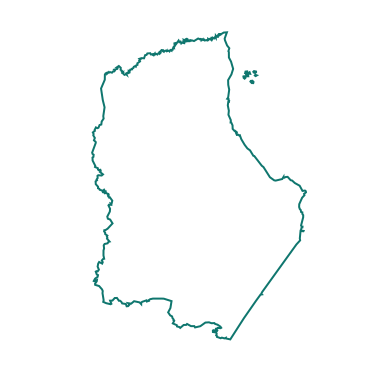 outline of Rembang, Jawa Tengah, Indonesia, rotated 80°
{"feature_id": "22746128B94981829239468", "entity_name": "Rembang", "entity_type": "district", "adm_level": 2, "iso_a3": "IDN", "parent_name": "Indonesia", "parent_adm1": "Jawa Tengah", "projection": "robinson", "projection_center": [111.414, -6.77], "detail": "fine", "context": "isolated", "style": "outline", "palette": "teal", "viewbox_px": 384, "rotation_deg": 80, "n_neighbors": 0, "source": "geoboundaries", "source_scale": "gbopen_adm2", "svg_char_len": 5915}
<svg xmlns="http://www.w3.org/2000/svg" viewBox="0 0 384 384"><g transform="rotate(80 192 192)"><path d="M266.6,303.5L268.5,299.8L272.3,297.5L274.0,297.1L276.1,297.7L283.2,297.8L284.8,298.5L286.6,295.8L288.4,291.6L288.1,290.8L284.8,291.5L285.1,289.2L283.0,286.5L283.3,284.3L286.4,282.9L286.5,281.9L287.8,280.7L289.6,280.1L290.8,276.6L293.2,276.2L293.3,274.7L292.1,273.2L290.4,274.2L291.4,271.3L289.5,268.0L291.6,262.8L293.6,261.5L292.1,261.2L291.5,260.1L290.8,255.7L292.0,255.5L291.7,253.3L291.0,253.4L290.3,251.8L290.2,249.0L292.1,238.4L295.9,231.1L302.5,233.4L306.4,236.4L309.7,234.9L311.1,233.2L312.8,233.1L314.4,232.2L315.1,232.5L315.8,231.9L318.1,233.7L320.5,230.1L321.8,230.1L322.8,227.9L323.8,227.2L321.5,223.3L321.9,220.9L321.1,219.8L323.9,216.3L324.5,213.0L325.9,212.5L325.6,207.1L322.9,201.5L323.3,197.9L324.6,195.6L325.0,192.7L325.9,192.2L327.1,189.9L329.5,187.4L330.8,186.8L331.1,187.5L330.3,190.3L330.8,190.6L330.8,192.2L331.6,192.6L332.8,191.2L333.3,191.6L331.8,195.0L332.1,195.5L333.5,195.7L334.5,192.7L336.0,192.3L337.4,193.1L338.4,192.3L339.1,192.5L341.0,189.1L340.6,187.9L341.8,185.5L341.5,184.1L342.0,184.3L343.8,179.9L325.3,162.8L310.2,147.8L305.0,142.4L305.0,141.0L304.3,141.5L302.6,140.2L261.8,98.3L258.4,93.9L256.5,93.9L249.3,91.9L250.0,89.1L249.7,88.9L249.0,91.6L248.6,91.5L248.7,90.4L248.5,91.1L247.5,90.9L245.9,90.2L246.0,89.4L245.3,89.2L245.1,90.0L243.9,90.4L236.2,86.9L234.1,86.5L232.9,87.1L231.2,86.9L230.7,88.0L228.5,88.1L227.5,88.8L225.4,89.1L222.6,88.5L216.7,84.5L214.7,81.8L213.3,82.0L212.1,79.8L211.0,79.8L210.2,80.5L210.1,83.0L204.5,84.9L201.0,89.2L198.1,91.4L197.5,92.8L193.7,95.2L193.5,97.1L194.0,98.8L193.8,99.4L193.1,99.3L194.9,100.9L195.3,107.6L194.8,109.0L191.0,112.7L179.8,117.3L178.3,118.7L167.4,124.4L167.0,125.3L161.1,127.6L158.7,129.9L154.6,132.0L148.5,134.3L144.5,135.0L144.7,135.6L143.7,136.3L143.6,137.9L141.5,138.4L141.4,137.5L140.9,137.5L139.2,139.0L139.3,139.5L136.9,141.0L133.4,140.5L130.3,141.3L130.2,141.9L128.0,141.3L122.3,142.7L118.4,141.6L112.9,141.7L109.5,140.6L109.7,140.0L108.9,139.7L108.8,140.2L106.9,139.8L106.3,141.1L105.2,140.0L97.7,137.6L92.8,137.7L88.1,137.0L83.1,132.8L77.9,130.1L70.4,130.9L66.0,132.3L60.5,131.4L59.7,131.7L56.9,130.3L53.8,132.0L48.2,133.2L46.6,133.2L40.8,129.9L40.5,133.1L41.5,135.7L41.1,138.1L42.0,139.1L42.5,138.0L43.0,139.4L43.7,139.6L43.3,140.9L42.3,141.4L44.4,141.8L43.3,142.3L44.6,143.5L44.0,144.3L44.6,145.1L43.9,145.9L45.0,146.2L45.3,145.7L46.0,146.3L44.9,147.2L43.9,146.5L44.6,148.8L44.0,149.5L45.2,149.6L45.3,150.4L46.3,150.9L44.9,150.4L45.0,153.1L44.1,153.4L44.3,154.4L43.3,154.6L44.2,156.3L43.1,156.2L42.7,157.2L43.1,157.6L41.9,159.3L43.7,163.8L42.7,165.7L42.9,166.7L42.2,167.0L42.2,168.4L43.0,168.5L42.8,169.6L41.9,170.5L40.8,169.9L40.2,170.5L40.3,171.3L41.2,172.1L40.7,173.4L41.5,173.0L41.9,173.6L42.7,172.2L42.7,173.2L43.7,173.6L42.7,174.5L43.7,174.7L43.2,175.9L43.8,176.8L41.9,177.2L42.3,178.4L40.5,178.9L43.1,181.5L42.4,181.9L42.6,184.3L43.1,183.0L43.7,183.4L44.4,182.9L45.9,184.2L45.6,184.6L46.0,185.0L47.4,184.8L47.2,185.8L48.6,186.4L48.5,187.3L49.3,187.6L48.5,188.5L49.6,189.7L48.8,190.1L49.0,192.2L48.4,192.2L48.8,192.7L48.2,193.2L48.5,195.1L49.0,195.4L48.1,196.4L47.3,196.0L46.9,197.3L47.9,198.5L48.2,197.8L48.3,199.2L49.4,198.7L50.2,199.8L49.4,200.1L49.4,200.8L50.6,202.2L49.8,203.2L50.1,204.2L49.1,204.4L50.8,206.0L50.2,206.8L49.4,206.4L49.4,208.6L48.1,209.0L47.8,211.9L49.1,213.0L49.1,214.4L52.0,216.0L51.4,218.5L51.7,220.6L52.6,219.9L53.3,221.1L54.4,220.6L55.8,223.5L57.3,223.6L57.7,225.1L58.8,225.6L58.2,226.3L58.6,227.6L59.7,228.2L60.2,229.8L60.8,229.8L60.8,231.6L61.7,232.0L61.5,233.2L63.5,232.8L63.9,234.2L63.2,234.6L63.8,236.2L65.1,236.0L64.6,236.4L64.9,238.2L63.2,239.4L62.8,239.1L62.6,239.8L61.9,239.3L62.0,239.9L61.3,240.3L60.2,239.2L60.5,239.9L59.2,241.1L57.3,240.6L55.2,242.2L56.1,244.2L56.4,243.4L57.8,244.2L58.0,247.4L59.1,246.9L59.8,247.8L59.6,248.9L60.6,250.1L59.8,251.6L60.0,252.8L59.4,253.1L60.8,255.2L59.8,255.2L60.2,256.5L61.2,257.4L66.3,258.4L74.3,263.6L85.9,263.9L93.4,263.4L101.9,266.2L104.4,266.3L106.9,268.7L109.8,269.6L110.0,271.4L112.5,273.0L112.7,274.2L111.7,275.4L114.1,277.2L114.9,277.0L116.1,279.3L117.8,278.8L119.0,279.4L121.9,278.3L124.1,279.6L125.8,278.2L126.8,278.2L135.9,283.5L137.3,283.3L138.2,282.4L140.3,283.0L140.8,284.0L143.8,284.4L149.5,282.7L150.5,283.2L152.2,280.6L153.5,280.7L154.2,280.2L154.2,278.4L155.4,278.2L156.2,279.2L159.2,276.6L160.1,278.1L159.2,281.4L159.7,282.3L161.9,282.5L163.1,283.8L163.9,283.5L164.8,285.1L167.6,285.4L170.5,283.6L172.0,283.9L172.8,282.7L173.8,282.5L175.3,279.5L174.5,278.2L175.3,277.9L176.3,279.9L176.7,279.8L176.8,279.0L178.0,278.1L177.0,276.9L178.2,276.8L179.4,274.7L179.9,274.6L179.8,275.2L180.6,274.7L181.2,275.4L182.2,275.0L182.4,274.7L181.9,274.5L183.1,274.4L183.0,273.8L186.7,272.0L189.7,273.3L189.2,274.1L190.6,273.9L190.1,276.0L190.7,276.6L194.3,275.6L197.0,276.3L201.5,279.7L203.7,279.5L204.9,277.4L209.1,275.7L213.5,281.5L214.5,283.9L214.4,285.0L215.6,285.4L216.9,284.6L218.3,284.8L220.3,282.9L221.1,283.6L222.5,283.3L223.2,283.8L226.5,281.8L226.6,282.9L227.9,284.1L228.0,287.1L229.2,288.2L232.4,288.4L234.2,289.3L239.1,290.2L242.5,290.1L242.6,291.3L243.8,292.7L245.6,292.1L246.9,292.9L244.8,295.6L246.2,296.8L249.1,297.9L252.3,297.2L253.8,298.7L253.4,299.7L253.7,300.6L256.7,300.1L257.5,299.0L259.2,299.7L260.5,302.5L262.6,304.2L262.9,303.8L262.2,300.9L263.4,301.3L265.5,303.4L266.6,303.5ZM93.4,115.3L95.1,114.2L95.4,112.8L94.3,112.3L92.9,113.2L92.8,114.8L93.4,115.3ZM86.2,118.4L87.6,117.5L87.8,116.5L85.4,116.4L85.0,118.3L86.2,118.4ZM85.0,110.5L85.8,109.2L85.2,108.1L84.5,108.0L83.7,109.9L84.2,110.7L85.0,110.5ZM84.1,119.0L84.5,117.1L82.8,116.8L82.7,118.4L84.1,119.0ZM88.6,121.3L89.5,120.5L88.7,119.4L87.6,119.6L87.0,120.6L87.1,121.3L88.6,121.3ZM85.3,115.5L85.7,114.2L84.0,114.5L84.3,115.5L85.3,115.5ZM88.2,109.9L88.9,109.2L88.4,107.9L87.6,109.3L88.2,109.9Z" fill="none" stroke="#0f766e" stroke-width="2"/></g></svg>